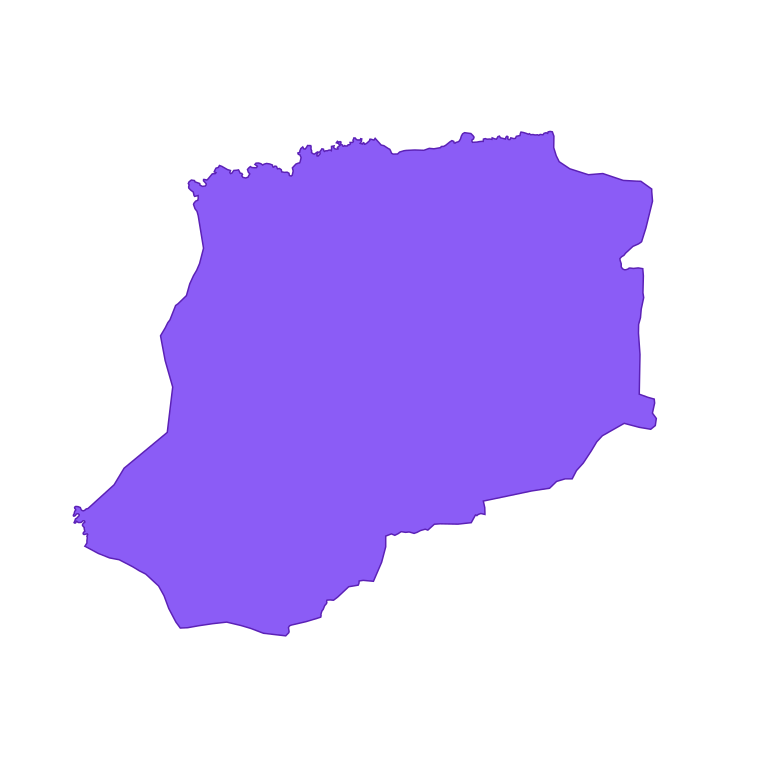 Kafin Hausa, Jigawa, Nigeria (Mercator projection), rotated 193°
{"feature_id": "59680162B31389051207927", "entity_name": "Kafin Hausa", "entity_type": "district", "adm_level": 2, "iso_a3": "NGA", "parent_name": "Nigeria", "parent_adm1": "Jigawa", "projection": "mercator", "projection_center": [10.036, 12.162], "detail": "fine", "context": "isolated", "style": "filled", "palette": "violet", "viewbox_px": 768, "rotation_deg": 193, "n_neighbors": 0, "source": "geoboundaries", "source_scale": "gbopen_adm2", "svg_char_len": 6171}
<svg xmlns="http://www.w3.org/2000/svg" viewBox="0 0 768 768"><g transform="rotate(193 384 384)"><path d="M117.3,430.1L123.9,430.4L133.0,431.5L141.2,470.3L147.5,490.8L149.3,499.3L149.0,506.3L150.2,514.8L150.4,526.6L152.2,531.1L155.6,547.7L157.8,554.6L162.4,554.3L167.0,552.7L169.8,552.4L171.2,552.1L172.4,550.7L174.2,549.7L175.5,549.4L177.5,549.9L179.2,551.5L179.9,554.5L181.7,557.5L182.4,559.2L181.1,561.5L179.2,563.3L178.0,565.9L172.4,574.1L167.6,577.7L165.6,579.8L165.0,580.7L163.9,594.9L163.5,622.6L166.4,631.7L167.0,634.2L179.3,639.3L183.9,638.4L196.7,636.2L218.1,638.3L231.9,633.9L251.4,635.5L263.3,640.0L267.5,645.1L271.8,652.5L274.2,663.7L276.7,667.6L278.9,667.5L280.8,666.6L280.9,665.0L282.6,665.3L284.4,664.3L285.2,662.6L288.0,662.3L289.1,661.1L290.3,661.4L292.9,660.6L294.9,660.6L297.1,659.9L298.7,660.6L299.6,659.8L301.6,660.2L304.6,660.4L307.2,660.3L307.5,658.9L307.4,656.7L310.8,655.1L311.2,652.9L312.8,652.3L315.8,652.4L316.2,650.6L317.2,650.2L318.7,650.8L318.7,652.6L319.9,653.1L320.7,652.0L320.9,650.0L325.9,650.1L327.3,651.5L328.6,650.7L329.5,647.9L331.4,647.8L334.0,648.2L333.9,646.6L336.0,646.5L338.7,645.7L340.5,645.9L342.2,645.0L341.9,642.7L343.4,642.4L345.5,641.7L347.9,640.6L352.1,639.4L353.0,640.4L353.1,641.7L351.9,642.9L351.8,644.8L353.1,646.0L355.7,647.6L362.1,647.0L363.7,645.4L364.4,643.0L364.6,640.0L365.3,637.7L366.3,636.6L368.2,635.6L368.9,634.7L369.9,634.7L370.6,636.1L372.6,636.4L374.3,634.7L377.5,630.6L379.2,629.0L381.6,628.3L382.1,627.0L388.3,624.4L392.9,623.8L397.7,620.7L406.8,618.9L414.9,616.6L417.0,615.8L421.0,613.5L422.5,611.2L426.7,610.1L428.5,610.5L430.2,612.9L431.2,614.0L432.8,614.4L437.7,616.2L440.5,616.2L447.9,621.4L448.7,619.4L452.0,619.6L452.9,619.2L452.6,618.2L454.6,615.2L456.2,613.5L457.0,613.2L457.6,614.3L458.5,614.5L459.0,613.0L461.4,613.1L460.6,615.0L460.8,617.8L461.9,617.8L462.1,616.4L465.0,615.8L466.4,616.3L467.3,617.2L468.7,617.0L468.8,615.9L469.1,614.5L468.4,613.4L468.9,612.4L471.4,611.7L470.8,610.5L471.2,609.5L472.8,609.0L473.2,607.8L475.0,607.2L475.9,607.5L476.7,606.6L477.7,606.6L478.2,607.5L479.7,607.8L480.3,608.8L480.3,610.0L481.3,610.3L482.5,609.5L484.0,610.0L484.7,608.3L482.7,608.1L480.6,606.7L482.6,604.0L481.7,602.8L483.0,602.2L484.9,602.1L486.3,603.2L486.2,604.8L488.6,603.7L488.1,601.7L487.8,599.5L489.1,599.8L490.3,599.5L491.7,598.5L493.3,598.1L494.4,597.2L495.2,597.9L495.8,599.2L497.4,599.2L498.0,597.5L498.8,595.8L498.0,594.0L499.5,591.3L500.6,591.2L501.0,592.7L500.2,594.2L500.0,594.9L500.5,595.3L501.2,595.0L503.5,592.4L504.6,592.3L506.7,593.2L506.9,594.9L508.0,596.5L508.5,599.0L509.0,599.8L512.1,599.2L512.8,597.0L513.7,595.2L515.0,595.1L516.5,596.7L518.0,594.7L518.4,592.4L518.3,590.8L519.9,589.7L519.1,588.5L517.5,588.4L515.7,585.9L515.7,581.8L516.0,580.4L517.1,580.0L519.3,578.5L521.9,574.0L520.4,571.1L520.4,566.8L521.3,565.7L523.1,565.9L524.0,568.0L526.0,568.6L528.7,567.8L531.4,567.7L532.3,569.7L534.3,570.5L536.2,569.7L537.7,571.8L539.3,571.8L540.3,570.5L541.2,570.6L542.0,572.3L544.8,572.7L548.0,572.5L550.2,571.3L551.5,570.1L553.6,571.0L556.0,571.1L558.4,570.4L559.2,568.9L556.4,567.7L556.9,566.1L559.3,565.5L561.6,565.2L563.1,565.8L564.3,564.2L565.3,562.3L563.9,559.9L562.0,558.5L562.7,556.6L563.0,555.0L565.1,553.6L568.0,553.6L569.4,554.9L569.0,556.3L569.9,557.2L571.5,557.1L573.9,559.9L575.8,559.1L578.4,558.3L579.7,555.2L580.8,554.5L581.8,555.3L581.6,557.5L584.7,557.7L591.0,559.6L593.5,559.9L594.1,557.8L596.3,556.5L596.8,554.6L597.2,552.6L595.2,552.1L595.7,551.1L598.6,550.1L601.9,543.6L602.6,542.9L604.8,542.9L605.8,542.7L605.6,541.4L602.3,539.1L602.1,538.1L602.7,536.7L605.4,535.7L608.0,536.4L608.7,537.9L613.7,538.5L614.4,539.6L617.6,539.4L619.4,537.2L619.8,535.3L618.7,534.2L618.7,532.0L618.2,530.9L615.9,529.4L613.0,528.1L611.5,524.9L610.7,524.2L607.5,525.8L606.8,523.1L606.8,521.1L608.7,519.8L609.9,517.3L610.0,516.1L607.6,512.3L605.0,510.1L602.9,506.2L590.4,475.7L590.8,459.9L592.1,452.7L594.0,446.7L595.8,437.9L596.4,425.7L602.8,415.8L604.7,413.6L607.0,398.3L608.4,395.3L609.8,389.5L612.6,380.7L602.5,357.6L589.2,333.5L584.3,288.1L618.3,243.5L624.3,225.1L644.5,196.0L645.5,195.6L646.5,194.8L647.2,193.6L648.4,192.8L649.5,192.8L650.2,193.0L650.8,193.4L652.1,195.3L654.5,195.7L656.7,195.4L657.4,194.9L657.7,194.0L657.3,193.2L656.5,192.7L656.0,191.9L656.4,191.2L656.7,190.2L656.8,189.2L656.6,188.1L657.0,187.2L657.2,186.2L656.8,185.5L655.9,185.7L655.1,186.5L654.5,188.0L653.6,188.6L652.5,188.7L651.6,188.2L651.5,187.1L653.3,184.0L654.3,183.1L654.4,181.2L654.8,179.2L653.8,178.9L653.2,179.4L653.0,180.1L652.5,181.1L651.6,180.6L650.6,180.3L649.1,180.6L647.8,181.1L646.7,182.8L645.6,183.3L644.7,182.9L644.5,181.7L645.2,181.3L645.7,180.5L646.1,179.5L646.1,178.6L645.6,178.0L644.3,177.0L643.8,176.8L643.6,175.6L642.4,173.2L643.3,172.0L643.6,170.9L643.2,170.1L642.7,169.9L642.0,170.0L640.1,171.0L639.4,171.2L638.9,170.8L639.0,169.4L639.3,168.9L638.7,168.1L638.4,166.3L638.3,164.9L637.7,162.2L639.0,158.6L624.1,154.6L612.3,152.8L602.5,153.2L587.8,149.4L580.2,146.9L573.4,145.2L558.2,136.5L550.7,128.2L543.2,116.8L533.2,105.2L527.6,100.4L520.4,102.4L510.1,106.8L497.1,111.9L483.7,116.6L468.9,116.5L459.3,115.9L445.3,114.0L423.1,116.5L420.8,120.3L420.8,121.5L422.3,125.2L421.7,127.1L420.0,128.3L416.9,129.8L406.5,134.9L396.0,140.9L393.2,142.6L393.2,144.1L393.6,145.2L393.6,147.0L393.3,149.3L392.6,150.5L391.9,154.9L391.7,155.1L390.7,157.0L390.5,158.1L390.9,158.8L391.0,159.4L391.0,160.4L390.9,160.6L387.9,161.5L384.8,161.9L384.4,162.1L381.1,166.1L372.8,178.5L363.9,182.2L363.9,182.8L363.6,183.5L363.6,184.5L363.9,186.5L360.1,188.0L349.9,189.4L346.2,209.8L345.7,225.7L348.1,236.2L343.1,239.6L339.4,239.0L336.5,241.4L334.1,244.0L329.6,244.3L326.2,245.5L321.1,245.2L318.4,246.9L315.5,249.4L311.2,251.8L308.4,251.5L303.4,258.7L297.9,260.4L280.4,264.1L267.8,268.5L265.4,276.9L264.2,276.9L263.9,276.7L263.6,277.2L262.7,278.2L260.5,279.6L256.3,279.6L256.5,280.5L258.0,286.2L260.9,292.3L258.9,293.2L216.1,313.0L199.2,319.7L193.9,327.9L186.2,332.3L179.3,333.9L177.0,342.9L172.0,351.9L167.0,365.4L163.7,375.5L159.6,382.7L141.1,399.7L125.5,399.2L113.9,399.9L110.3,404.5L110.9,411.7L115.9,416.0L116.0,426.3L117.3,430.1Z" fill="#8b5cf6" stroke="#5b21b6" stroke-width="1.5"/></g></svg>